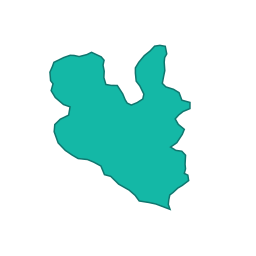 Trachonas, Cyprus (orthographic projection), rotated 334°
{"feature_id": "46923920B71811128536936", "entity_name": "Trachonas", "entity_type": "district", "adm_level": 2, "iso_a3": "CYP", "parent_name": "Cyprus", "parent_adm1": "", "projection": "orthographic", "projection_center": [33.353, 35.206], "detail": "fine", "context": "isolated", "style": "filled", "palette": "teal", "viewbox_px": 256, "rotation_deg": 334, "n_neighbors": 0, "source": "geoboundaries", "source_scale": "gbopen_adm2", "svg_char_len": 1245}
<svg xmlns="http://www.w3.org/2000/svg" viewBox="0 0 256 256"><g transform="rotate(334 128 128)"><path d="M130.1,219.5L130.7,214.4L133.1,210.5L136.2,206.5L140.2,205.7L146.5,203.8L151.6,203.4L159.5,201.8L161.1,196.6L158.7,193.5L161.8,189.9L163.4,185.6L167.8,177.7L166.2,172.5L161.1,169.0L157.9,163.8L165.4,162.6L174.0,157.5L178.0,153.9L174.8,146.8L174.4,140.5L179.2,138.5L184.7,137.3L192.2,137.7L194.9,132.2L188.6,126.6L189.4,118.7L185.9,113.2L180.0,107.6L178.4,102.9L183.1,96.6L186.2,92.6L189.4,84.7L191.8,80.8L195.3,78.4L197.3,70.9L192.9,67.7L187.8,66.1L181.5,68.5L174.4,70.1L166.6,73.6L161.0,77.2L158.7,81.9L155.9,89.5L157.1,95.4L157.1,104.5L154.0,108.4L147.3,109.2L141.0,108.8L138.2,105.3L137.8,101.3L138.2,95.0L137.0,85.1L131.5,82.3L127.2,79.2L128.4,72.1L131.5,66.5L133.1,60.6L136.2,56.6L135.1,52.3L128.4,44.0L123.3,44.0L115.4,42.4L111.4,39.2L107.9,37.3L101.2,36.5L90.2,36.5L87.0,39.6L82.3,43.6L79.2,51.5L80.0,55.4L75.3,60.7L76.0,68.7L80.3,78.6L85.2,83.6L80.3,90.4L71.0,90.4L63.7,92.8L60.0,99.0L58.7,110.8L61.8,120.6L66.1,128.1L69.8,133.6L77.8,138.6L82.1,143.5L87.0,150.3L86.4,159.6L91.3,163.9L95.0,174.4L101.8,184.3L104.9,191.7L106.1,198.5L114.1,204.1L119.6,208.4L130.1,219.5Z" fill="#14b8a6" stroke="#0f766e" stroke-width="1.5"/></g></svg>